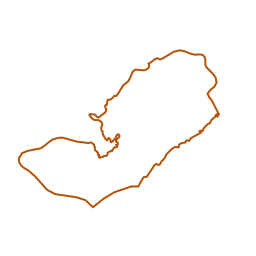 map outline of West Bank (Mercator projection), rotated 48°
{"feature_id": "WEB+00?", "entity_name": "West Bank", "entity_type": "state/province", "adm_level": 1, "iso_a3": "PSE", "parent_name": "Palestine", "parent_adm1": "", "projection": "mercator", "projection_center": [35.24, 31.944], "detail": "fine", "context": "isolated", "style": "outline", "palette": "amber", "viewbox_px": 256, "rotation_deg": 48, "n_neighbors": 0, "source": "natural_earth", "source_scale": "10m", "svg_char_len": 2502}
<svg xmlns="http://www.w3.org/2000/svg" viewBox="0 0 256 256"><g transform="rotate(48 128 128)"><path d="M126.6,23.6L128.6,24.6L132.8,28.2L135.5,29.1L144.8,28.7L149.2,29.2L153.6,31.9L155.0,36.1L154.9,41.5L155.7,45.9L159.5,47.1L163.1,47.2L166.6,48.1L178.5,51.2L179.0,52.5L179.2,54.1L178.3,54.1L178.3,52.9L177.2,52.9L177.2,54.1L178.0,55.8L177.9,61.1L179.2,63.7L178.6,65.7L178.5,69.1L179.1,72.4L180.2,74.5L179.5,74.9L178.9,75.4L178.5,76.0L178.3,77.0L180.2,77.0L178.3,85.2L177.7,88.0L178.3,90.1L178.3,91.4L177.1,92.0L176.4,92.8L176.4,93.8L177.2,94.9L174.7,99.2L174.6,101.2L176.2,103.4L173.7,105.4L172.9,108.4L173.2,116.5L174.8,120.6L175.1,122.4L175.2,124.8L175.4,126.3L176.3,128.2L176.2,129.6L175.5,130.4L174.5,130.7L173.6,131.2L173.2,132.6L176.8,146.6L175.2,148.8L175.2,150.1L178.3,159.5L173.6,164.7L169.9,173.4L166.6,181.1L164.2,193.7L163.4,206.6L163.4,206.9L163.4,207.0L153.2,207.9L144.7,212.8L128.5,226.3L119.9,229.5L101.4,229.4L92.5,230.6L88.8,231.9L84.7,232.5L80.8,231.9L77.5,229.4L75.8,223.6L77.9,217.8L84.6,206.6L85.4,200.9L85.5,196.1L86.2,191.4L88.5,186.8L88.8,186.2L91.5,183.0L104.2,174.9L109.3,170.4L112.4,167.8L114.1,165.1L117.5,164.3L118.3,165.0L120.1,165.3L122.0,167.3L125.8,166.8L127.9,168.2L128.6,167.5L129.2,167.8L129.7,168.6L130.7,169.2L131.3,168.9L131.6,167.5L132.4,166.7L132.8,164.2L133.7,163.4L134.4,162.4L133.9,160.9L132.9,159.9L132.9,158.7L133.7,156.3L134.4,155.2L133.9,154.7L133.8,153.3L133.3,151.3L134.0,150.1L134.7,148.8L134.0,148.4L133.0,148.3L132.7,148.0L133.5,146.7L133.0,146.2L132.5,145.7L131.7,145.5L130.0,146.0L129.1,144.6L128.9,143.4L129.0,141.7L128.3,139.6L126.8,139.2L125.8,139.9L125.8,141.0L126.4,142.4L127.0,144.1L127.5,146.6L127.5,149.3L127.4,149.9L127.0,150.1L124.6,148.8L123.6,148.8L122.6,149.0L122.4,149.9L123.0,151.0L123.0,151.9L121.2,152.1L115.7,150.9L113.4,149.1L112.1,149.2L109.9,148.0L108.5,145.0L106.7,144.0L105.0,143.9L103.7,144.1L102.2,145.0L99.5,147.7L97.4,148.3L95.7,148.4L92.5,148.0L92.1,147.6L92.3,146.9L93.9,145.5L95.2,144.0L96.4,143.6L99.9,143.5L100.5,142.8L101.2,134.5L99.9,131.7L97.9,131.3L96.2,130.1L96.0,129.1L96.6,128.1L95.6,127.3L93.5,124.2L95.1,122.2L95.3,119.6L95.0,116.6L96.5,114.9L93.1,102.9L93.5,96.9L92.0,92.3L89.9,88.2L89.2,85.9L89.7,83.3L95.5,77.9L96.6,75.8L97.1,73.6L96.8,71.7L95.8,70.4L93.9,69.8L94.4,67.5L94.9,62.0L95.5,59.8L96.1,59.4L98.1,58.6L98.6,58.2L99.7,54.6L100.3,51.6L102.1,42.5L105.0,37.4L108.9,34.6L113.3,32.5L117.9,29.6L121.6,25.2L123.7,23.6L126.3,23.5L126.6,23.6Z" fill="none" stroke="#b45309" stroke-width="2"/></g></svg>